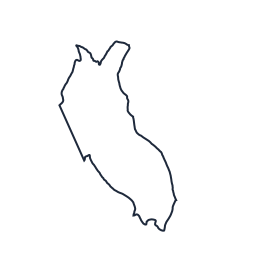 outline of Gurupá, Pará, Brazil, rotated 128°
{"feature_id": "56859067B80608468875701", "entity_name": "Gurupá", "entity_type": "district", "adm_level": 2, "iso_a3": "BRA", "parent_name": "Brazil", "parent_adm1": "Pará", "projection": "robinson", "projection_center": [-51.641, -1.114], "detail": "fine", "context": "isolated", "style": "outline", "palette": "slate", "viewbox_px": 256, "rotation_deg": 128, "n_neighbors": 0, "source": "geoboundaries", "source_scale": "gbopen_adm2", "svg_char_len": 5860}
<svg xmlns="http://www.w3.org/2000/svg" viewBox="0 0 256 256"><g transform="rotate(128 128 128)"><path d="M155.2,45.6L154.3,47.4L153.8,48.2L153.5,48.7L153.1,49.5L152.4,50.7L151.6,51.5L150.5,53.0L150.1,53.4L149.8,53.7L149.5,54.2L149.3,54.6L149.1,54.9L148.3,55.5L147.9,55.7L147.5,56.0L146.3,57.2L145.9,57.5L144.6,59.3L143.1,61.0L141.6,62.5L141.0,63.2L139.9,64.4L139.4,64.9L136.7,68.4L136.2,69.4L134.8,71.7L133.9,73.6L133.6,74.1L132.9,75.4L132.4,76.1L131.8,77.2L131.4,77.9L130.8,79.2L130.0,80.7L129.8,81.1L129.2,82.2L128.8,82.7L128.6,83.2L128.1,84.5L127.8,84.9L127.2,85.7L126.6,87.1L126.6,88.4L126.5,89.1L126.4,89.6L126.4,90.0L126.2,90.6L126.2,91.4L126.2,91.8L126.1,93.3L126.0,93.7L125.9,94.5L125.8,96.2L125.8,98.6L125.9,99.5L125.7,100.6L125.5,101.6L125.4,103.2L125.4,103.7L125.6,106.0L125.8,108.2L126.0,110.2L126.0,110.8L126.0,111.2L126.0,111.8L126.0,113.0L126.3,114.0L126.5,115.0L126.4,117.1L126.3,118.0L126.2,118.4L125.8,119.3L124.9,121.0L124.8,121.5L124.4,122.0L123.8,122.7L123.0,123.5L122.0,124.6L120.3,126.3L119.5,127.1L118.6,128.0L117.4,129.3L116.6,130.4L116.3,130.7L115.9,131.0L116.0,131.4L116.0,131.9L116.0,132.5L116.0,133.2L115.9,134.7L115.7,135.5L115.4,137.0L115.0,138.1L114.6,138.9L114.2,139.2L113.7,139.5L112.6,140.5L111.6,141.3L110.0,142.2L109.7,142.5L108.6,143.2L108.1,143.4L107.6,143.6L106.7,144.2L106.4,144.5L105.8,145.4L105.3,146.7L104.9,147.2L104.4,147.6L103.9,147.9L103.6,148.3L103.4,148.7L103.3,149.5L103.2,150.9L103.3,151.4L103.2,153.1L103.0,153.9L102.6,155.2L102.5,155.9L102.3,156.4L101.6,157.8L101.1,158.7L100.5,159.4L100.0,160.2L98.7,161.8L98.0,162.5L97.1,163.8L96.7,164.3L96.1,165.1L95.8,165.5L93.6,167.5L93.2,168.1L92.2,169.0L91.8,169.3L90.3,169.7L89.2,169.7L88.8,169.8L86.7,170.4L86.0,170.8L85.5,171.0L84.5,171.1L83.8,171.2L82.7,171.6L82.4,171.8L82.0,171.9L81.6,172.1L81.0,172.4L79.9,173.1L79.2,173.3L78.1,173.8L77.5,173.9L76.7,173.8L76.4,174.1L75.4,174.4L74.7,174.4L73.1,174.8L69.2,175.3L66.6,175.5L64.6,175.8L64.0,176.1L63.7,176.4L63.4,176.9L62.8,177.8L62.2,178.2L62.4,178.5L62.6,179.2L62.9,180.2L62.9,181.0L63.1,182.4L63.3,183.2L63.6,183.7L63.8,184.3L64.1,184.8L64.4,185.2L65.2,186.7L65.9,187.9L66.3,188.8L66.5,189.6L66.8,190.2L67.1,190.5L67.6,190.8L68.0,191.0L68.5,191.1L69.2,191.1L70.4,191.3L71.1,191.1L72.7,191.1L73.1,191.2L73.7,191.4L74.3,191.5L75.0,191.6L75.5,191.4L76.2,191.4L76.6,191.3L77.3,191.3L77.7,191.3L78.4,191.2L78.9,191.1L79.9,191.2L80.3,191.4L81.6,191.1L83.0,190.8L83.5,190.8L84.5,190.6L85.1,190.6L85.5,190.6L85.9,190.5L86.2,190.4L87.3,190.2L87.9,190.1L88.5,190.2L88.9,190.3L89.3,190.3L90.1,190.4L90.6,190.4L91.2,190.4L91.5,190.4L92.1,190.2L93.5,189.7L93.9,189.4L94.3,189.3L95.3,189.1L95.7,189.4L95.8,190.0L95.5,190.4L95.0,190.8L94.5,191.2L94.2,191.8L94.1,192.5L94.2,193.1L94.8,193.4L95.3,193.7L95.5,194.2L95.5,194.9L95.6,195.6L95.9,196.0L96.2,196.5L96.1,196.9L95.7,197.4L95.4,197.7L95.2,198.1L95.0,198.7L95.0,199.1L95.0,199.8L94.9,200.2L94.5,200.5L94.1,201.1L93.4,201.9L92.9,202.6L92.4,203.5L92.3,204.3L92.4,205.0L92.5,205.4L92.6,205.8L92.6,206.3L92.6,206.7L92.3,207.2L92.2,207.7L92.1,208.1L91.9,208.9L91.9,209.3L92.1,209.7L92.3,210.9L92.3,212.0L92.4,213.5L92.9,214.6L93.0,215.5L93.1,216.2L93.2,216.7L93.4,217.0L94.2,218.4L94.4,219.2L94.6,219.5L95.0,219.4L95.4,217.6L96.2,216.0L96.5,215.7L97.2,214.7L97.8,214.2L98.1,213.7L98.7,212.7L99.4,211.4L99.8,210.9L100.2,210.4L100.6,210.0L101.1,209.3L101.4,209.0L101.7,208.8L102.2,208.3L102.7,207.7L103.3,207.3L103.7,207.1L104.2,207.1L104.8,207.4L105.2,207.9L105.6,209.8L105.7,210.1L106.2,210.6L106.7,210.8L107.3,210.8L107.9,210.7L108.8,210.4L109.4,210.2L110.0,209.8L110.6,209.4L112.4,208.8L113.0,208.4L113.9,208.0L114.3,207.9L115.0,207.6L115.4,207.4L117.9,206.3L120.3,206.0L121.1,205.8L122.9,205.5L123.4,205.5L124.8,205.4L126.6,205.0L128.0,204.5L128.6,204.4L129.3,204.2L130.8,204.0L131.7,204.1L133.5,203.9L134.6,203.6L135.6,203.4L136.3,203.3L137.0,203.0L137.8,203.0L138.7,202.9L139.4,202.7L140.1,202.5L140.9,202.1L141.9,201.4L142.2,201.1L142.6,200.6L143.3,199.3L143.5,199.0L143.9,198.3L144.3,198.0L145.1,197.1L145.5,196.6L145.8,196.3L146.3,195.9L147.1,195.6L147.5,195.5L148.0,195.5L149.4,195.5L150.0,195.7L151.4,195.9L151.9,195.9L152.3,196.0L180.6,142.5L180.2,142.5L179.6,142.6L177.4,143.9L176.0,143.5L175.5,143.1L175.1,142.7L174.8,142.6L173.8,142.4L173.5,142.2L173.0,141.7L173.2,141.2L173.5,140.9L174.5,140.0L175.2,139.2L176.4,137.0L176.6,136.5L177.3,135.0L177.6,134.4L177.9,133.1L177.9,132.7L178.0,132.2L178.9,129.5L179.6,127.8L179.7,127.2L180.1,126.2L180.4,125.1L180.6,123.7L180.7,123.2L180.8,122.8L181.0,122.3L181.4,121.6L181.7,120.9L181.8,120.4L182.5,118.4L182.6,118.0L182.7,116.6L183.2,115.6L183.4,115.0L183.3,114.0L183.3,112.9L183.8,111.5L183.9,111.1L184.2,110.4L184.1,109.1L184.2,108.5L184.3,107.6L184.5,106.9L184.9,105.9L184.9,105.4L184.9,105.0L185.0,104.2L185.0,102.8L185.2,101.1L185.2,100.5L185.1,100.0L184.8,98.4L184.7,97.3L184.6,96.5L184.2,94.9L183.7,93.3L183.5,92.8L183.2,91.5L182.7,87.2L182.5,84.6L182.6,82.0L182.8,80.1L183.2,78.7L183.3,78.1L184.1,77.0L185.7,74.4L186.4,73.5L187.3,72.5L187.7,72.3L188.6,71.9L189.0,71.8L189.6,71.7L190.4,71.2L191.2,70.8L191.5,70.7L192.0,70.6L192.6,70.4L193.6,69.8L193.0,69.2L192.5,68.9L191.5,68.6L191.0,68.2L190.7,67.9L190.4,67.3L190.3,66.9L190.3,66.5L190.5,65.1L190.7,64.6L191.3,63.6L192.0,62.0L192.5,61.2L193.1,59.6L193.8,57.1L193.7,56.1L193.5,55.0L192.7,54.3L191.0,55.2L190.3,55.6L188.9,55.4L187.9,55.2L187.3,54.8L186.2,53.9L185.4,53.1L184.5,51.6L184.1,50.7L183.8,49.8L183.9,49.2L184.2,48.9L184.6,48.6L186.1,48.1L187.3,47.3L187.5,46.9L187.6,46.1L187.4,44.9L187.5,44.1L187.7,43.5L188.2,42.5L188.4,40.9L188.1,38.8L187.5,37.4L186.8,36.5L186.3,36.5L185.6,36.8L183.3,38.0L182.1,38.8L180.6,39.3L178.3,39.9L176.9,40.0L175.4,40.1L174.4,40.2L173.5,40.3L171.2,40.6L169.9,40.9L168.9,41.2L166.3,42.0L164.9,42.7L164.3,43.0L163.1,43.9L162.1,44.4L160.0,45.0L155.8,46.0L155.2,45.6Z" fill="none" stroke="#1e293b" stroke-width="2"/></g></svg>